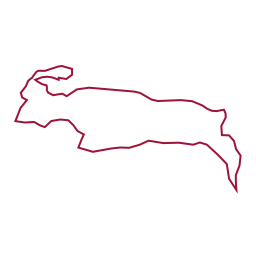 SVG path tracing the border of Nippes
{"feature_id": "HTI-1360", "entity_name": "Nippes", "entity_type": "Department", "adm_level": 1, "iso_a3": "HTI", "parent_name": "Haiti", "parent_adm1": "", "projection": "natural_earth1", "projection_center": [-73.453, 18.404], "detail": "fine", "context": "isolated", "style": "outline", "palette": "rose", "viewbox_px": 256, "rotation_deg": 0, "n_neighbors": 0, "source": "natural_earth", "source_scale": "10m", "svg_char_len": 1104}
<svg xmlns="http://www.w3.org/2000/svg" viewBox="0 0 256 256"><path d="M28.2,80.8L31.1,78.4L32.3,77.7L32.6,76.9L36.3,71.9L38.2,70.8L40.5,70.7L42.8,70.9L45.1,70.8L58.0,66.6L61.8,66.0L72.0,68.9L72.1,74.7L66.3,79.0L58.7,77.7L58.7,79.8L52.6,77.5L47.1,76.7L41.5,77.4L35.3,79.8L37.2,81.3L41.9,84.1L46.6,85.4L46.9,87.4L46.8,90.0L48.1,92.6L53.1,95.2L62.2,93.7L66.7,96.2L76.8,89.4L89.1,87.7L134.4,91.6L140.2,93.0L151.6,99.6L158.0,101.0L180.9,100.1L192.1,101.2L202.2,105.4L207.5,108.9L211.9,110.8L216.7,111.1L223.9,109.7L225.6,113.5L225.7,117.5L221.3,126.0L221.9,135.1L229.1,135.4L234.0,141.0L236.1,149.2L240.6,155.6L239.5,165.6L235.8,175.2L235.9,182.6L236.4,190.0L229.1,178.8L226.8,164.1L217.7,154.6L206.8,144.6L199.8,142.5L193.3,144.7L186.1,143.7L178.6,142.7L163.4,143.1L148.5,140.7L139.5,144.8L129.2,147.8L120.2,147.5L111.2,148.5L92.9,151.8L78.4,147.6L81.2,140.3L83.8,134.5L77.4,130.9L73.3,125.1L68.3,120.3L60.4,119.5L51.3,121.0L44.8,127.1L39.9,125.3L34.2,122.0L24.7,122.5L15.4,121.1L20.5,108.0L26.9,100.0L22.2,97.5L20.8,92.8L25.8,86.4L28.2,80.8L28.2,80.8Z" fill="none" stroke="#9f1239" stroke-width="2"/></svg>